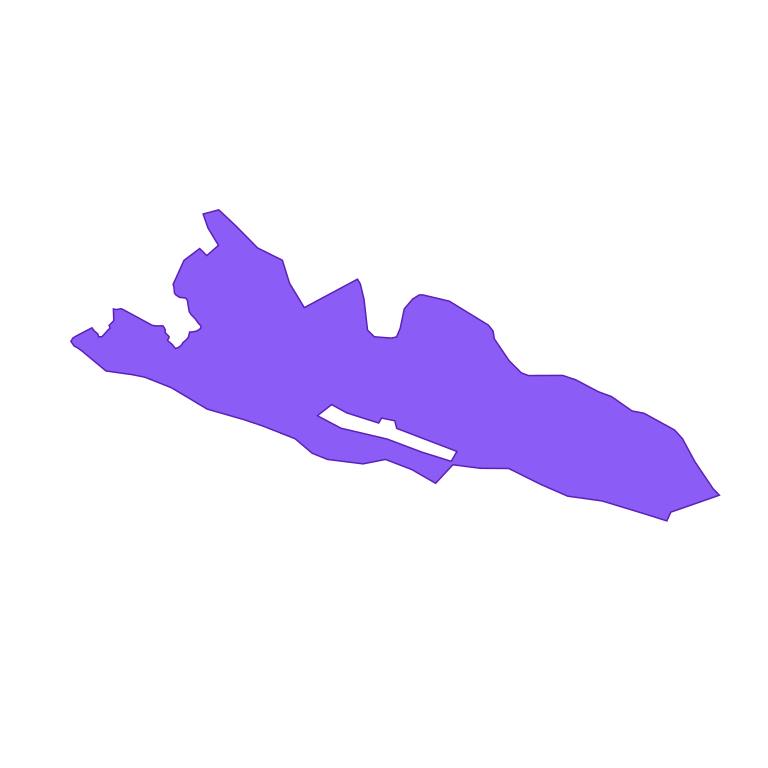 the district of Kibray, Tashkent, Uzbekistan, rotated 72°
{"feature_id": "79887680B41962593359700", "entity_name": "Kibray", "entity_type": "district", "adm_level": 2, "iso_a3": "UZB", "parent_name": "Uzbekistan", "parent_adm1": "Tashkent", "projection": "orthographic", "projection_center": [69.431, 41.454], "detail": "fine", "context": "isolated", "style": "filled", "palette": "violet", "viewbox_px": 768, "rotation_deg": 72, "n_neighbors": 0, "source": "geoboundaries", "source_scale": "gbopen_adm2", "svg_char_len": 1814}
<svg xmlns="http://www.w3.org/2000/svg" viewBox="0 0 768 768"><g transform="rotate(72 384 384)"><path d="M259.4,661.0L285.7,644.4L297.3,620.6L303.6,609.4L322.0,587.2L353.2,560.0L374.3,528.7L386.7,512.0L408.7,485.4L427.7,473.7L438.2,461.2L453.5,428.6L456.2,405.9L473.9,384.1L494.4,365.6L482.1,343.5L494.0,318.3L502.9,291.5L528.3,265.6L547.5,243.9L562.6,212.8L587.0,177.8L601.6,157.3L594.5,150.8L593.4,99.4L585.2,103.4L554.1,112.3L531.7,116.4L528.3,117.0L517.5,121.9L492.2,145.7L486.2,156.5L466.4,171.4L457.5,182.6L439.3,200.3L431.0,211.5L420.6,244.0L415.8,250.0L400.5,257.8L375.2,265.1L367.2,263.9L360.3,266.5L325.4,296.3L311.4,319.3L310.2,322.9L311.9,330.2L318.8,341.5L336.2,351.5L343.1,357.5L342.6,362.8L336.1,378.6L327.6,383.0L297.2,376.8L281.6,375.6L276.1,376.8L286.7,436.2L258.9,442.7L234.9,442.4L215.5,462.2L188.5,475.7L167.3,487.3L166.4,503.5L181.3,503.2L201.0,498.6L207.1,512.9L198.2,517.4L204.6,536.0L224.1,553.8L226.7,553.8L232.9,555.2L235.2,554.3L238.5,551.6L239.8,548.6L241.3,545.8L244.3,545.2L250.1,546.2L255.3,546.9L258.4,546.0L263.4,543.5L268.9,541.8L271.2,540.6L272.9,540.1L274.7,541.7L275.7,545.6L275.4,549.5L274.5,552.8L279.1,555.6L280.9,558.5L282.6,562.6L284.4,564.5L285.7,568.0L285.8,571.4L280.8,573.3L276.5,576.0L275.2,576.3L274.2,574.7L272.5,573.7L270.1,575.0L267.1,576.3L265.1,575.3L262.9,575.5L260.3,576.3L259.2,580.0L258.3,582.9L256.5,586.4L232.7,609.0L231.2,610.7L230.5,615.5L229.0,618.2L240.2,621.4L243.4,627.4L246.3,627.2L247.2,629.6L251.8,637.4L251.0,640.8L247.9,640.7L243.7,643.3L240.3,644.4L243.1,661.1L244.1,665.6L246.7,668.6L252.1,667.0L255.0,664.2L259.4,661.0ZM460.1,369.6L437.5,397.8L412.8,438.5L393.6,457.1L387.4,440.2L400.1,428.2L419.5,401.1L415.7,396.8L422.3,385.1L430.2,385.6L470.7,335.5L478.3,344.0L460.1,369.6Z" fill="#8b5cf6" stroke="#5b21b6" stroke-width="1.5"/></g></svg>